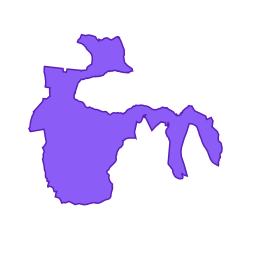 Kota Palu, Sulawesi Tengah, Indonesia (orthographic projection), rotated 102°
{"feature_id": "22746128B23229204425516", "entity_name": "Kota Palu", "entity_type": "district", "adm_level": 2, "iso_a3": "IDN", "parent_name": "Indonesia", "parent_adm1": "Sulawesi Tengah", "projection": "orthographic", "projection_center": [119.87, -0.79], "detail": "fine", "context": "isolated", "style": "filled", "palette": "violet", "viewbox_px": 256, "rotation_deg": 102, "n_neighbors": 0, "source": "geoboundaries", "source_scale": "gbopen_adm2", "svg_char_len": 5844}
<svg xmlns="http://www.w3.org/2000/svg" viewBox="0 0 256 256"><g transform="rotate(102 128 128)"><path d="M54.4,195.4L54.8,194.0L55.0,190.9L55.8,188.9L57.5,186.4L59.3,184.8L61.9,180.8L63.6,179.0L66.3,177.6L69.8,177.0L73.3,176.8L74.6,178.5L76.7,180.2L77.5,180.6L79.3,180.5L80.0,180.8L81.4,185.5L82.6,185.5L81.4,185.5L83.0,199.8L86.3,199.9L86.4,203.0L83.4,203.9L85.2,223.1L85.3,222.6L88.4,222.1L91.0,221.5L95.6,219.3L96.2,219.4L98.0,218.6L101.8,217.7L104.8,217.6L104.8,217.0L105.1,216.9L104.9,212.7L107.0,212.6L107.4,212.5L107.4,212.3L108.4,212.3L113.4,211.0L114.1,211.9L116.0,213.1L116.3,213.6L116.9,217.1L119.7,216.9L131.6,223.7L131.6,223.2L135.0,223.7L135.9,224.1L139.7,224.5L143.9,224.5L147.2,224.1L149.2,224.4L149.2,224.6L151.3,223.3L151.1,222.8L151.7,222.5L146.7,209.9L148.7,209.0L155.1,206.6L158.4,205.1L160.0,205.1L162.6,206.0L164.0,206.7L164.9,207.5L165.4,207.0L168.4,205.0L171.5,205.5L174.2,204.7L176.2,205.1L182.1,202.3L186.5,200.9L187.3,200.2L188.3,199.6L193.0,198.5L194.0,197.7L194.4,196.7L196.1,196.4L197.0,195.9L197.1,195.5L196.6,194.5L196.7,194.0L200.2,194.4L201.7,194.4L202.2,194.2L202.3,194.0L201.6,193.2L201.4,192.6L201.4,190.6L202.0,189.2L202.4,188.8L205.4,187.1L205.6,186.5L205.1,185.4L204.9,184.5L205.6,184.5L207.0,184.9L210.4,184.8L210.6,184.2L210.5,183.3L210.7,181.5L211.1,180.7L211.7,179.7L212.7,178.8L215.2,177.2L214.3,175.6L214.2,173.7L214.0,173.3L212.2,170.7L212.2,170.1L212.5,168.5L213.5,165.0L213.8,164.5L213.7,163.3L212.1,160.3L212.2,155.3L211.6,153.1L208.7,147.6L208.0,145.6L208.1,143.6L207.8,141.9L206.9,139.9L203.1,135.3L201.3,132.0L200.2,131.1L199.1,130.7L197.7,130.6L196.6,130.9L194.6,130.9L191.0,130.6L189.0,130.8L188.8,131.3L186.2,131.5L184.8,133.7L182.8,135.4L180.8,136.4L178.4,136.6L177.6,137.0L176.8,138.7L175.6,139.6L174.7,139.7L173.9,139.2L173.0,138.3L170.5,137.7L164.1,133.6L162.5,133.0L161.1,133.0L160.0,133.2L159.0,133.7L157.8,133.8L156.5,133.5L155.1,133.7L153.3,133.6L151.7,133.0L149.7,132.5L148.3,130.9L145.5,129.6L141.6,130.1L140.7,130.9L141.6,130.0L138.8,127.7L137.2,123.9L136.9,121.6L136.2,118.6L136.4,118.2L130.7,120.8L122.9,120.7L120.1,120.9L120.4,120.2L120.6,118.4L120.3,117.7L119.4,116.8L118.0,116.3L112.3,115.3L111.5,113.4L114.2,114.2L114.3,112.8L125.5,104.1L120.8,101.4L114.8,96.6L115.2,95.9L115.0,92.6L117.7,91.9L117.7,89.9L114.3,90.0L113.9,90.6L114.7,89.4L117.1,88.6L119.2,88.9L121.6,90.2L124.3,90.2L127.9,88.0L129.0,86.4L131.5,85.0L132.5,84.1L154.3,81.4L155.3,80.8L157.0,78.5L158.2,77.4L159.5,75.6L162.3,74.7L163.0,74.2L165.3,72.3L166.2,70.9L166.9,67.8L166.9,66.9L166.3,64.8L165.9,64.2L165.1,64.1L163.9,64.3L163.1,65.0L161.4,65.7L160.7,66.2L161.9,64.8L162.6,62.0L162.6,60.1L152.6,65.3L144.6,70.0L140.3,71.3L136.2,71.7L127.0,71.0L121.1,70.0L110.9,69.0L110.8,65.2L111.5,62.6L112.7,60.8L117.1,58.0L119.9,56.6L123.0,54.4L126.0,52.7L129.6,50.1L130.9,48.5L134.4,45.3L140.9,41.2L143.4,38.8L144.0,37.7L144.8,36.2L146.1,31.8L144.3,31.9L143.2,32.6L140.9,32.2L139.6,32.4L138.9,32.2L138.0,31.6L137.1,31.6L135.1,32.5L133.8,32.5L132.7,31.6L131.2,31.4L127.6,32.0L123.4,33.9L122.1,36.1L121.2,37.1L117.3,37.9L115.7,37.9L113.8,39.4L112.8,39.7L113.0,39.7L109.6,45.5L109.6,45.9L104.1,46.4L103.4,46.3L101.9,47.8L100.4,48.8L103.3,52.8L100.2,54.5L97.3,66.5L93.3,70.1L93.6,70.4L93.4,70.7L93.6,71.8L93.3,72.7L93.9,73.6L95.6,74.2L96.2,75.1L96.9,75.8L99.6,77.7L100.2,78.0L101.3,78.0L102.1,78.4L101.8,79.0L103.1,79.7L103.4,79.1L104.0,79.3L104.8,80.5L105.2,80.6L105.1,81.0L105.7,82.6L105.6,83.3L105.4,83.6L104.7,83.1L104.4,83.4L105.2,83.9L105.0,84.2L104.8,84.0L104.9,84.3L104.2,85.4L102.7,87.2L102.7,87.6L101.8,89.9L101.8,90.4L100.7,93.4L100.3,93.6L100.4,94.0L100.2,94.1L100.5,95.1L100.2,95.4L100.7,96.3L100.7,97.1L100.4,97.8L100.6,98.8L102.1,100.4L102.6,101.7L104.2,104.0L104.8,106.8L104.3,108.9L102.9,112.4L102.9,113.1L102.7,114.3L102.9,116.6L102.7,118.4L102.9,119.1L103.0,120.6L103.9,122.4L104.0,124.5L104.2,125.1L104.3,125.3L105.1,125.6L105.4,126.4L105.4,127.1L106.2,127.8L107.2,128.2L108.1,129.1L109.4,131.2L111.0,132.8L113.5,133.7L114.2,134.5L114.3,134.7L114.1,134.9L114.3,135.1L114.5,134.9L115.0,135.3L115.3,135.9L114.7,137.8L115.3,139.7L115.3,140.2L115.0,141.0L115.7,142.2L116.2,145.6L116.7,146.3L118.6,147.9L118.6,148.3L118.1,148.3L118.7,148.6L118.6,149.4L116.6,152.7L116.9,153.8L116.8,154.2L116.9,154.8L117.4,155.6L117.0,158.7L116.8,159.2L116.8,160.2L116.4,161.3L116.7,164.7L116.4,165.7L116.0,166.4L116.2,167.4L115.5,170.0L116.5,171.3L116.6,172.1L116.0,174.0L114.3,175.3L113.7,175.6L113.6,176.0L112.4,177.5L112.1,178.8L112.0,182.3L111.1,183.8L111.1,185.0L110.6,186.1L110.5,186.4L109.2,187.1L107.0,187.6L105.6,187.4L104.9,186.8L103.5,187.2L103.6,187.4L103.1,187.3L102.7,187.0L94.7,186.3L92.4,185.2L92.5,185.0L92.2,184.9L92.2,185.1L91.4,184.7L90.2,183.8L89.9,182.4L89.5,181.4L89.5,181.2L88.8,180.6L87.8,178.4L87.9,178.2L87.6,177.9L87.7,177.6L86.8,175.8L86.4,175.2L86.1,174.4L85.3,173.3L84.8,172.2L84.4,170.8L84.6,170.7L84.2,170.1L84.0,168.4L83.7,167.6L83.0,166.9L83.2,166.3L82.5,164.8L81.6,163.9L81.6,163.2L80.7,162.6L78.9,161.7L78.4,160.7L77.2,160.0L76.0,158.3L76.5,157.8L75.5,156.5L75.8,155.5L74.9,154.8L75.0,154.0L74.5,153.2L74.3,152.4L74.4,151.8L74.2,151.8L74.2,151.2L74.7,150.3L74.6,149.4L74.1,148.5L74.5,148.0L74.6,146.5L74.4,145.0L74.6,144.6L74.4,142.8L74.2,141.2L73.7,140.4L74.1,139.9L74.0,139.3L73.6,139.1L73.5,138.6L72.7,138.0L72.2,137.3L71.9,136.7L71.3,135.9L71.2,135.4L69.4,136.2L69.2,136.4L67.0,141.6L65.9,143.0L65.3,144.3L63.9,145.3L60.8,146.4L59.3,147.2L57.3,146.8L52.4,148.0L44.4,153.1L42.3,154.9L41.5,156.4L41.1,155.7L40.8,156.4L40.9,157.1L41.4,158.3L45.2,162.3L45.4,162.9L45.1,164.3L44.2,166.6L44.2,167.0L44.7,168.8L45.6,170.2L47.1,171.4L47.5,172.3L47.6,173.4L47.2,174.8L48.8,174.5L49.2,174.6L47.4,177.3L46.0,178.3L45.5,179.1L45.2,181.9L45.2,185.9L46.5,188.8L46.3,192.7L47.6,193.1L49.9,193.4L50.9,194.0L51.7,194.8L54.4,195.4Z" fill="#8b5cf6" stroke="#5b21b6" stroke-width="1.5"/></g></svg>